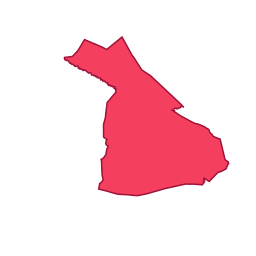 Santa Catarina Tayata, Oaxaca, Mexico (Albers equal-area conic projection), rotated 319°
{"feature_id": "50627088B92542152124342", "entity_name": "Santa Catarina Tayata", "entity_type": "district", "adm_level": 2, "iso_a3": "MEX", "parent_name": "Mexico", "parent_adm1": "Oaxaca", "projection": "albers", "projection_center": [-97.553, 17.341], "detail": "fine", "context": "isolated", "style": "filled", "palette": "rose", "viewbox_px": 256, "rotation_deg": 319, "n_neighbors": 0, "source": "geoboundaries", "source_scale": "gbopen_adm2", "svg_char_len": 3428}
<svg xmlns="http://www.w3.org/2000/svg" viewBox="0 0 256 256"><g transform="rotate(319 128 128)"><path d="M183.2,55.4L163.5,54.8L161.1,49.0L153.2,32.8L151.6,33.3L150.2,33.7L147.0,34.8L143.9,35.8L143.2,36.0L142.6,36.2L140.6,36.8L138.4,37.0L137.5,37.1L136.6,37.2L134.8,37.4L132.9,37.5L130.7,36.0L128.4,34.5L126.7,33.3L126.4,33.1L125.8,33.6L125.6,34.0L125.2,34.7L125.2,35.0L125.5,35.1L125.7,35.4L125.6,35.7L125.7,36.5L125.9,36.6L126.2,36.6L126.5,36.9L126.9,37.5L126.9,37.9L126.7,38.4L126.8,38.9L127.0,39.7L126.9,40.2L126.6,40.8L126.9,41.3L127.3,41.6L127.4,41.8L127.3,42.1L127.3,43.0L128.2,43.6L128.4,44.0L128.2,44.7L128.5,45.3L128.3,46.4L128.7,47.1L128.9,47.0L129.2,47.4L129.9,47.5L130.5,48.1L130.9,48.3L130.9,48.6L130.6,48.9L129.8,50.1L130.0,50.9L130.9,50.9L131.0,51.4L130.4,51.9L130.8,52.6L131.5,53.2L131.8,53.9L131.7,54.7L132.2,55.5L133.1,55.3L133.4,55.5L133.6,56.0L133.6,56.6L133.9,57.7L134.0,58.5L134.0,58.9L134.2,59.7L134.2,60.3L134.3,60.7L134.6,60.7L134.8,61.1L135.8,61.6L136.1,62.1L136.0,62.7L135.6,63.4L135.2,64.0L135.4,64.3L135.7,64.4L136.6,65.4L136.7,65.6L136.6,66.3L137.3,66.3L137.5,67.0L137.4,68.0L137.9,68.0L138.1,68.6L137.8,69.5L138.4,69.6L138.7,70.9L138.6,71.0L139.1,71.5L139.6,71.8L139.9,72.1L139.9,73.0L139.2,73.1L138.9,73.8L139.7,74.2L140.1,74.6L140.3,75.1L139.9,75.7L139.8,76.2L140.6,76.1L141.0,76.3L140.8,76.9L141.0,77.4L141.0,78.4L141.1,78.6L141.2,79.0L141.4,79.8L142.1,80.7L142.2,81.1L141.9,81.3L141.5,81.4L141.3,83.1L141.6,83.5L142.4,83.5L142.6,83.7L142.6,83.9L142.5,85.4L143.2,85.4L143.5,85.5L143.7,86.5L143.5,87.1L144.1,87.5L144.6,87.7L145.1,88.5L143.6,88.9L144.0,89.7L144.5,90.4L144.3,91.0L143.6,91.0L143.7,91.5L143.1,92.1L142.7,92.7L142.4,93.0L136.5,93.9L132.2,94.7L129.1,95.0L126.4,97.4L123.8,99.7L117.4,105.6L115.9,106.6L112.0,109.1L111.0,110.2L108.3,113.4L103.7,118.7L103.6,118.9L104.5,122.9L103.2,123.2L102.6,124.0L101.3,124.7L100.6,126.2L100.5,126.9L101.2,128.5L100.0,129.3L98.8,129.6L95.1,132.5L94.1,133.5L91.8,134.1L91.3,134.2L89.8,134.5L88.9,134.5L87.1,134.0L86.8,134.8L85.4,136.8L81.5,141.5L77.4,146.9L75.6,150.1L75.5,150.4L74.9,151.0L73.5,151.1L72.9,151.5L71.1,151.3L70.2,151.4L69.6,151.8L68.6,152.7L68.1,153.0L65.8,154.8L67.8,157.7L71.1,162.4L72.7,165.1L74.1,167.1L76.1,170.2L76.5,170.8L77.7,172.1L78.8,173.2L84.7,178.9L87.5,182.0L90.4,184.9L90.9,185.4L97.6,189.2L101.9,191.4L104.0,192.3L111.6,195.9L116.2,198.0L126.6,203.7L134.6,208.0L138.0,211.1L140.9,213.6L146.7,219.5L147.4,219.6L149.7,218.3L149.7,218.8L150.2,218.4L151.0,218.4L151.7,216.9L151.6,216.1L152.3,215.7L152.6,215.7L152.8,216.6L154.2,221.6L156.5,221.4L159.0,221.2L165.9,220.6L167.3,220.7L169.4,221.8L174.3,223.0L174.9,223.2L175.3,222.9L176.0,222.9L176.3,222.7L176.9,222.2L178.2,221.7L179.6,221.0L180.7,220.8L181.4,219.2L181.0,217.8L180.5,215.5L190.2,196.9L187.0,190.7L186.9,189.9L187.2,187.9L186.8,185.2L188.0,182.1L187.0,179.3L186.8,178.1L186.0,176.1L183.8,171.6L181.3,168.0L180.7,166.6L179.8,164.3L176.5,155.5L175.6,153.1L175.1,151.4L174.5,149.1L173.2,144.0L174.2,144.8L174.1,144.1L174.3,144.2L174.6,144.1L175.1,144.0L175.3,143.9L175.7,143.8L176.0,143.8L176.4,144.0L176.8,144.3L177.1,144.6L177.3,145.1L177.5,145.6L177.7,145.8L178.0,146.0L178.6,146.1L179.3,146.1L179.8,146.5L180.1,146.7L180.5,146.8L180.8,147.0L181.2,146.9L182.0,146.6L183.2,146.9L183.5,148.0L183.4,148.4L183.7,149.0L183.6,147.5L183.6,145.6L179.3,103.2L176.5,93.3L178.7,78.2L178.8,75.6L183.2,55.4Z" fill="#f43f5e" stroke="#9f1239" stroke-width="1.5"/></g></svg>